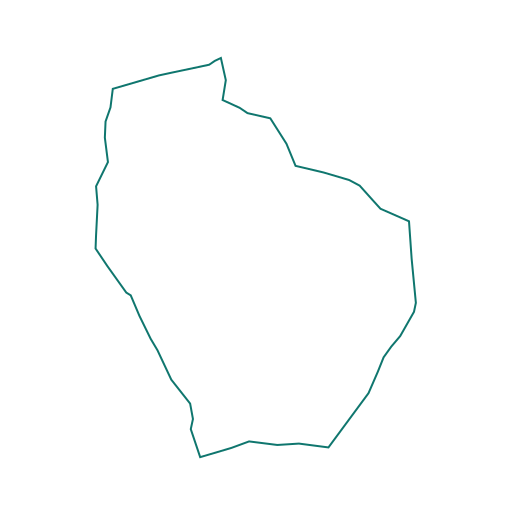 the district of Mandax, Dornogovi, Mongolia, rotated 350°
{"feature_id": "93677404B77969966506985", "entity_name": "Mandax", "entity_type": "district", "adm_level": 2, "iso_a3": "MNG", "parent_name": "Mongolia", "parent_adm1": "Dornogovi", "projection": "albers", "projection_center": [108.365, 44.195], "detail": "fine", "context": "isolated", "style": "outline", "palette": "teal", "viewbox_px": 512, "rotation_deg": 350, "n_neighbors": 0, "source": "geoboundaries", "source_scale": "gbopen_adm2", "svg_char_len": 779}
<svg xmlns="http://www.w3.org/2000/svg" viewBox="0 0 512 512"><g transform="rotate(350 256 256)"><path d="M412.7,248.4L386.8,231.1L380.7,221.4L370.3,204.7L361.0,197.4L337.1,185.5L310.6,174.1L305.5,150.8L294.0,122.9L272.4,113.8L265.7,107.3L250.2,96.6L256.8,77.6L255.8,54.9L249.3,56.7L243.1,59.5L204.8,60.8L191.8,61.3L144.0,66.5L138.5,84.4L131.2,97.4L127.7,113.2L126.5,137.8L110.6,159.6L108.9,178.1L102.0,208.2L99.3,220.8L107.9,240.2L121.9,269.5L125.8,273.0L130.8,294.7L137.9,319.3L142.6,331.7L151.1,363.1L165.5,389.9L165.6,405.6L161.7,415.2L166.1,444.4L198.6,440.7L217.0,437.4L244.2,445.8L265.7,448.2L294.1,457.1L343.0,410.6L355.9,391.1L364.1,377.9L373.5,368.7L384.1,359.9L401.9,338.4L405.3,329.9L408.8,285.7L412.7,248.4Z" fill="none" stroke="#0f766e" stroke-width="2"/></g></svg>